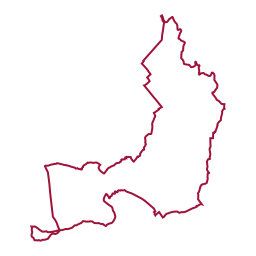 outline of Trang Bang, Tây Ninh, Vietnam
{"feature_id": "81297802B3309919066987", "entity_name": "Trang Bang", "entity_type": "district", "adm_level": 2, "iso_a3": "VNM", "parent_name": "Vietnam", "parent_adm1": "Tây Ninh", "projection": "natural_earth1", "projection_center": [106.323, 11.105], "detail": "fine", "context": "isolated", "style": "outline", "palette": "rose", "viewbox_px": 256, "rotation_deg": 0, "n_neighbors": 0, "source": "geoboundaries", "source_scale": "gbopen_adm2", "svg_char_len": 5848}
<svg xmlns="http://www.w3.org/2000/svg" viewBox="0 0 256 256"><path d="M44.9,166.2L47.9,172.3L49.4,184.0L50.1,192.4L52.9,216.8L55.1,219.9L56.4,222.2L56.9,223.3L58.1,226.9L59.6,230.0L56.2,231.0L50.9,232.0L47.7,232.2L46.5,231.3L43.2,231.7L42.3,231.6L40.1,230.2L37.7,228.3L35.9,227.0L34.9,226.5L32.9,226.6L31.4,226.5L31.9,227.7L31.8,230.3L32.1,231.3L32.2,232.3L32.1,233.0L31.5,234.8L31.6,236.1L31.8,236.6L32.4,237.1L33.4,237.8L34.5,240.2L35.8,240.3L36.7,240.2L37.9,240.5L38.9,240.1L40.3,240.6L41.0,240.6L42.5,239.8L44.5,239.8L47.9,238.8L48.5,238.2L48.7,237.2L49.7,236.5L50.4,235.1L51.3,234.3L52.4,233.8L53.0,233.6L55.5,234.0L56.7,233.5L58.4,232.3L59.3,230.8L59.9,230.4L63.5,229.7L65.6,229.0L67.5,229.1L68.5,228.9L71.6,227.9L72.5,227.4L74.6,225.4L75.0,225.3L76.4,225.3L76.9,225.2L77.7,224.5L81.2,223.0L83.1,221.1L86.6,221.6L88.4,221.6L90.5,221.3L91.9,221.3L93.9,222.7L94.4,223.0L96.6,223.2L98.8,223.1L100.8,223.9L102.6,224.0L103.0,224.1L103.9,224.9L105.8,226.0L107.1,224.6L109.2,223.6L111.0,223.2L111.9,222.8L112.7,222.0L114.1,220.0L114.9,218.2L115.3,216.7L115.3,216.1L114.4,213.1L114.1,212.3L113.0,210.7L112.3,207.7L111.7,206.8L108.2,204.4L104.2,201.2L103.9,200.7L103.8,199.7L103.8,198.9L104.7,196.3L106.2,194.0L107.3,194.7L107.7,195.7L108.6,196.6L109.0,197.9L109.3,198.2L109.5,198.2L109.8,198.0L110.2,196.9L110.6,196.4L111.5,196.0L111.7,195.7L112.4,193.9L112.6,193.6L112.8,193.4L113.2,193.4L114.0,193.8L115.0,193.5L115.2,193.1L114.9,191.8L115.2,191.4L117.2,192.2L117.5,192.2L117.9,190.8L118.5,190.3L120.3,190.6L120.9,190.2L121.6,190.3L123.9,190.3L124.5,190.1L126.6,191.6L131.9,193.5L141.5,198.5L144.6,200.6L148.2,203.6L153.9,208.6L155.3,211.3L154.0,212.1L154.5,212.7L154.7,214.3L155.3,215.4L155.8,214.7L159.1,212.0L162.8,217.5L163.8,216.9L163.8,216.7L164.9,215.7L165.3,215.2L165.3,214.8L166.6,213.7L167.8,213.5L170.3,212.5L173.8,211.7L176.6,211.5L177.6,211.7L179.1,212.8L181.9,212.1L184.2,212.1L186.1,211.5L192.5,208.3L194.5,207.7L196.6,206.8L196.6,205.9L197.7,205.8L200.5,204.2L201.1,204.0L201.7,204.2L198.1,199.3L198.3,195.4L198.0,193.4L198.1,193.1L199.0,191.7L199.4,190.5L200.3,186.9L200.7,186.0L201.2,185.6L201.2,185.2L202.5,184.3L205.4,183.7L206.6,183.0L206.9,182.2L207.8,178.4L207.5,177.3L207.7,173.7L207.8,173.4L208.9,173.1L209.1,172.9L209.0,172.7L208.5,172.2L207.5,170.8L207.0,169.4L207.0,168.9L207.4,167.2L207.5,166.2L207.2,164.9L207.2,163.0L206.9,162.4L206.9,161.9L207.3,160.7L208.1,159.3L208.4,159.2L209.4,159.1L209.8,159.0L209.9,158.8L209.7,157.5L209.8,156.6L210.1,155.8L210.3,154.0L210.3,153.3L209.7,150.6L209.6,148.8L209.7,148.2L210.4,147.2L210.5,146.8L210.3,138.2L213.0,138.2L213.2,132.8L214.2,132.9L214.6,131.8L215.3,131.9L217.6,125.4L217.3,125.0L217.8,123.4L219.1,121.7L220.8,120.3L221.0,117.8L222.2,113.0L222.1,111.3L223.2,109.5L224.6,108.7L224.1,107.8L224.4,104.1L222.7,104.1L221.4,103.8L219.2,101.3L216.7,99.7L215.6,97.7L213.2,94.6L212.5,93.6L212.3,93.0L212.4,92.5L214.2,92.0L215.5,89.8L216.8,88.3L217.2,87.3L217.4,85.5L217.4,85.0L217.1,84.1L214.4,80.0L214.4,77.8L214.5,75.5L214.1,74.2L213.6,73.5L212.6,72.6L212.0,72.7L211.6,73.1L211.2,74.4L210.7,75.3L210.4,75.6L209.6,76.0L208.7,75.9L206.5,74.7L204.8,74.2L203.7,73.1L203.3,73.0L200.8,73.4L199.7,74.5L199.3,74.6L199.0,74.2L198.9,73.5L199.2,71.7L199.2,69.9L198.9,69.0L198.7,67.7L198.8,67.0L199.4,66.0L199.5,65.6L199.2,65.2L198.1,65.3L197.5,65.1L196.6,63.8L196.2,62.5L195.8,61.9L195.6,61.8L195.2,62.2L195.6,64.7L195.1,65.7L194.1,66.4L193.2,66.8L191.7,67.2L191.4,67.2L190.8,66.9L189.7,65.4L189.2,65.0L188.8,64.8L187.0,64.6L185.0,64.2L184.2,64.0L183.9,63.7L183.7,62.1L183.4,60.9L182.7,59.8L181.4,58.5L181.2,57.7L181.2,57.2L181.4,56.2L181.3,54.6L181.6,53.3L181.6,52.1L181.9,51.7L182.5,51.2L183.1,50.3L183.4,46.2L183.8,45.2L184.8,43.1L184.8,42.7L184.6,42.1L181.1,40.5L179.9,39.3L178.8,38.8L178.6,38.5L178.5,38.0L178.9,36.4L179.5,35.0L180.0,33.2L181.1,31.5L181.2,30.7L181.0,30.0L180.4,29.3L179.9,29.2L179.5,29.3L178.6,29.9L178.1,29.9L177.8,29.8L177.4,28.6L177.4,26.1L177.0,24.5L176.6,23.7L175.6,22.8L174.6,21.5L173.7,19.8L172.7,17.4L172.5,17.0L172.0,17.1L168.8,19.5L168.4,20.4L167.1,21.9L166.5,22.2L165.9,22.2L164.8,21.8L164.2,21.3L163.3,19.3L162.5,16.4L161.9,15.4L160.9,16.1L162.0,17.9L162.5,20.5L164.2,22.8L163.8,24.3L162.7,32.2L162.2,34.6L161.8,39.7L161.6,40.1L143.4,60.6L143.8,61.0L143.1,62.1L141.8,63.5L146.9,69.1L150.5,74.3L147.2,77.4L148.5,79.2L149.6,81.1L148.7,82.2L147.3,83.4L144.7,85.4L144.2,85.5L150.9,93.7L153.6,97.1L155.3,99.0L161.8,107.1L158.6,108.8L158.9,109.5L154.8,112.4L153.9,112.8L155.3,116.1L154.2,118.4L153.9,119.4L152.8,121.8L152.2,123.5L152.2,124.6L152.4,126.2L152.3,128.5L151.4,133.2L151.3,133.7L150.9,134.0L148.5,134.1L147.4,135.1L146.1,136.1L145.3,137.2L145.1,137.7L145.1,138.6L145.5,140.8L145.5,141.1L145.3,141.6L145.2,142.3L145.9,144.2L145.4,144.9L145.2,145.8L143.9,147.6L143.9,148.3L144.2,149.2L144.0,149.7L142.7,150.1L140.2,153.5L140.1,155.6L139.8,155.9L138.9,156.3L138.1,157.0L137.8,157.0L137.4,156.7L136.3,158.6L133.8,161.6L132.8,160.8L131.0,158.3L130.7,157.1L126.4,156.9L126.4,158.2L125.2,157.7L124.8,159.3L122.2,159.3L122.2,159.7L121.3,159.8L121.1,161.1L120.8,161.6L120.2,161.7L119.7,162.5L119.1,162.8L116.3,163.2L114.1,165.3L111.1,166.5L109.8,167.4L109.1,167.6L108.2,168.3L107.1,169.4L106.8,170.1L105.0,172.3L104.6,173.0L104.0,173.5L102.2,172.4L100.4,170.9L99.4,169.7L99.0,168.9L98.7,168.1L98.7,167.2L99.3,165.9L100.2,164.8L98.8,163.7L96.5,162.5L95.6,162.5L93.5,162.9L91.6,162.5L89.6,162.5L88.3,162.9L87.6,162.6L86.2,164.0L84.1,165.2L83.4,165.8L83.0,166.3L83.0,167.2L82.5,167.4L82.3,167.6L82.1,167.9L82.1,168.3L81.9,168.6L81.9,169.3L81.4,169.5L81.0,169.5L80.7,169.1L79.5,169.1L78.0,168.7L77.4,168.2L75.9,168.6L74.9,167.7L71.2,166.7L68.3,165.6L67.0,165.5L65.7,165.1L63.8,164.9L62.1,164.3L57.4,163.2L57.1,163.2L56.3,163.8L53.8,164.0L52.9,164.4L51.5,164.5L48.2,165.7L45.7,165.7L45.2,165.9L44.9,166.2Z" fill="none" stroke="#9f1239" stroke-width="2"/></svg>